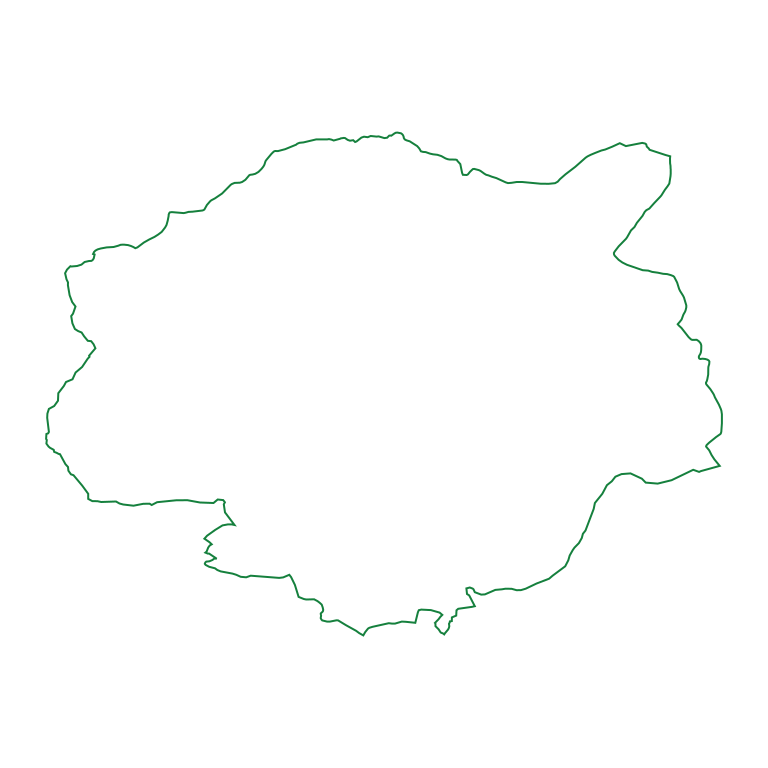 Horea, Alba, Romania
{"feature_id": "2599482B7023814920704", "entity_name": "Horea", "entity_type": "district", "adm_level": 2, "iso_a3": "ROU", "parent_name": "Romania", "parent_adm1": "Alba", "projection": "equal_earth", "projection_center": [22.952, 46.518], "detail": "fine", "context": "isolated", "style": "outline", "palette": "green", "viewbox_px": 768, "rotation_deg": 0, "n_neighbors": 0, "source": "geoboundaries", "source_scale": "gbopen_adm2", "svg_char_len": 6057}
<svg xmlns="http://www.w3.org/2000/svg" viewBox="0 0 768 768"><path d="M719.7,465.9L714.4,459.4L711.6,455.1L709.2,450.3L706.1,446.6L706.3,445.7L706.7,445.0L709.1,442.7L716.3,436.9L720.3,434.1L720.8,433.5L721.3,431.8L721.9,423.3L721.9,414.3L721.4,410.8L720.9,409.2L718.9,404.6L714.9,397.3L714.0,395.0L713.2,393.5L710.3,389.1L706.3,384.3L706.0,383.4L706.0,382.6L706.8,381.1L707.3,379.3L708.2,374.6L708.3,368.0L708.4,366.8L709.2,364.1L709.4,361.6L709.0,360.8L708.5,360.3L707.3,359.6L705.3,359.0L702.5,358.7L700.4,359.0L699.5,358.7L699.1,358.3L698.8,357.1L699.0,356.1L700.4,353.7L700.9,352.2L701.2,350.0L701.3,345.7L701.0,344.3L700.3,342.9L698.7,341.1L696.7,339.8L692.2,339.9L690.9,339.3L688.6,337.1L681.5,328.0L678.7,325.4L677.7,324.2L679.9,321.7L681.6,319.5L683.4,314.6L685.1,311.6L685.7,309.9L686.3,307.3L686.3,305.4L684.0,297.6L683.0,295.6L680.1,291.0L679.1,288.9L677.1,282.5L674.2,276.9L673.3,276.1L670.8,275.1L667.2,274.1L663.1,273.8L657.9,272.7L652.1,271.9L648.2,270.6L642.7,270.2L627.0,264.8L622.4,262.5L618.6,259.8L614.6,255.6L614.0,254.3L613.9,253.0L614.7,251.5L618.7,246.3L626.1,238.7L627.2,237.1L631.0,230.4L634.5,227.0L636.9,222.8L642.5,215.9L644.7,211.9L646.3,210.2L649.3,208.6L654.2,203.1L660.2,196.8L661.4,195.4L664.9,189.8L667.6,186.2L669.3,183.6L670.5,176.2L670.7,173.7L670.7,169.1L670.6,168.7L670.5,165.8L670.1,163.3L670.0,158.7L670.2,156.3L665.5,155.0L649.6,149.8L648.7,148.4L646.8,146.6L646.2,144.3L645.0,143.5L642.2,142.9L625.9,146.1L619.8,143.2L612.2,146.7L605.3,149.5L601.4,150.5L595.5,152.8L590.7,154.8L587.5,156.4L585.6,157.7L575.3,166.8L565.5,174.3L560.0,179.1L557.7,181.7L555.0,183.2L548.7,183.8L540.4,183.7L522.2,182.0L516.7,182.0L511.6,182.8L508.0,183.1L505.8,182.4L496.4,178.1L491.8,176.7L488.5,175.4L486.2,174.8L484.5,173.8L480.5,170.9L478.8,170.1L474.2,168.9L472.8,169.1L469.9,171.9L467.9,174.4L466.7,175.0L462.9,174.8L462.1,172.9L460.3,164.1L457.4,160.9L456.8,159.9L455.5,159.6L449.4,159.5L447.7,159.2L445.5,158.4L441.4,156.1L437.4,154.8L433.0,154.3L429.9,153.6L425.7,152.1L423.0,151.9L420.9,151.3L419.3,148.5L417.2,146.1L409.7,141.3L407.0,140.5L405.3,139.8L404.5,139.1L403.8,137.9L403.6,136.6L403.0,135.2L402.2,134.2L401.0,133.3L397.5,132.6L395.9,132.7L394.5,133.4L391.3,135.7L390.1,135.5L389.1,135.7L387.2,137.7L384.4,138.1L378.7,136.4L376.6,136.6L370.7,136.0L367.7,137.2L364.0,136.7L361.4,137.6L356.6,141.4L355.1,142.0L353.2,140.2L350.0,140.7L347.7,139.9L345.1,138.1L343.9,137.9L340.7,138.4L340.0,138.8L333.7,140.5L331.4,139.6L329.0,139.1L327.2,139.4L316.2,139.4L303.5,142.4L299.5,142.8L297.3,143.7L296.1,144.7L285.1,149.2L277.9,151.1L275.2,151.0L274.2,151.3L273.2,152.1L271.4,153.9L266.4,159.9L265.5,161.2L264.4,164.7L263.4,166.5L261.6,168.8L258.5,171.9L255.3,173.8L252.6,174.5L250.2,174.8L249.3,175.2L245.4,179.8L242.1,182.0L239.8,182.7L234.6,182.9L231.9,184.0L230.7,184.8L222.1,193.5L214.9,198.4L211.3,200.3L210.1,201.3L206.9,205.0L204.4,209.5L203.5,210.1L202.4,210.5L192.4,211.7L188.5,211.9L185.7,212.7L183.7,213.1L171.8,212.1L169.8,212.4L169.2,213.2L168.7,214.5L168.6,216.1L167.7,220.7L166.5,225.0L165.1,227.5L161.7,231.9L158.1,234.6L154.5,236.9L149.2,239.5L143.9,242.5L137.4,247.4L135.3,248.2L133.5,247.1L131.0,246.0L128.1,245.1L124.4,244.7L122.0,244.7L120.6,244.8L118.3,245.7L113.6,247.0L106.7,247.4L100.7,248.5L97.6,249.4L95.4,250.6L94.1,251.9L93.1,254.0L94.6,254.5L93.7,258.5L92.5,260.2L91.3,260.9L89.0,261.0L84.6,262.0L81.5,264.6L77.1,266.0L71.4,266.5L70.4,266.2L67.0,269.6L65.1,273.2L66.5,279.3L68.0,282.4L67.9,285.1L69.6,295.2L72.2,302.1L75.5,306.5L73.0,313.7L71.2,316.1L72.4,323.3L74.9,329.0L78.0,331.0L81.6,332.5L84.1,336.3L87.8,340.8L91.2,341.2L93.6,344.3L95.4,348.3L89.1,355.7L89.5,356.8L87.7,358.7L82.1,367.0L75.6,372.5L72.5,379.3L66.0,382.0L63.9,385.9L58.3,393.2L58.0,400.7L54.2,406.0L48.9,408.9L47.4,413.6L47.2,417.8L48.9,431.9L48.2,433.3L46.4,434.0L46.1,438.9L46.8,440.0L46.4,443.6L48.5,446.5L50.0,447.8L53.7,449.8L54.2,451.9L56.6,452.8L58.6,453.9L60.0,454.2L65.4,464.1L68.0,467.0L68.4,470.7L70.9,474.3L73.5,475.2L82.2,485.6L88.2,493.8L88.2,498.9L92.3,501.1L97.5,501.2L101.2,502.0L116.0,501.5L119.5,503.5L123.2,504.5L133.5,505.7L143.3,503.8L149.6,503.7L151.7,505.0L157.1,502.2L176.0,500.3L187.4,500.2L200.0,502.5L213.5,503.0L217.7,499.5L223.2,500.1L224.9,502.3L223.8,504.3L225.0,512.4L234.5,525.0L231.7,524.4L227.9,524.4L222.5,525.4L215.2,529.9L207.1,535.7L204.4,538.7L209.5,542.2L211.7,544.3L210.0,545.3L209.1,546.3L208.2,547.6L206.6,551.6L205.4,552.6L207.8,553.6L209.1,553.6L216.7,558.7L214.4,558.5L212.4,560.0L209.4,561.3L206.3,561.6L205.3,562.5L204.8,563.8L205.6,564.9L209.2,566.8L215.0,568.3L217.3,570.0L220.7,571.4L232.5,573.6L236.3,574.8L240.7,576.8L246.2,577.3L250.7,575.7L279.2,577.9L283.2,577.4L289.3,574.8L291.1,577.1L294.9,584.9L298.6,596.9L303.8,599.0L306.2,599.5L314.1,599.3L317.5,601.1L319.6,602.7L321.7,604.6L322.7,607.4L323.2,609.8L323.0,611.0L322.6,611.7L320.8,613.4L320.7,613.8L321.1,615.7L320.7,618.1L321.4,619.5L322.2,620.4L327.1,621.6L329.9,621.6L336.5,620.3L338.1,620.4L346.0,625.2L356.1,630.8L359.2,633.1L363.3,635.4L365.2,632.1L368.0,628.6L369.3,627.8L372.6,626.8L388.8,623.2L392.0,623.6L395.0,623.6L401.8,621.6L405.8,621.8L415.3,622.8L417.9,612.3L418.8,610.2L421.3,609.6L430.9,610.1L439.6,612.6L442.3,614.9L440.3,616.9L438.6,619.2L435.0,622.9L435.4,623.3L435.5,626.2L438.6,629.3L440.5,632.2L441.2,632.8L442.8,633.3L444.2,634.4L444.9,633.3L448.1,629.5L448.9,627.9L449.3,626.2L449.0,623.8L449.7,622.5L449.9,621.4L451.8,621.1L451.9,617.4L456.2,615.6L456.5,610.3L458.2,608.8L471.7,606.9L474.8,606.2L469.2,595.4L467.0,594.0L466.4,588.4L469.8,587.5L472.7,588.6L473.5,589.3L474.8,592.2L481.2,594.6L484.9,594.4L495.3,589.9L502.0,589.3L505.5,588.7L511.6,588.8L516.6,590.2L521.0,590.1L525.7,588.7L536.6,583.5L549.1,578.7L552.6,575.7L565.2,566.3L568.3,560.3L569.7,555.5L572.8,550.0L574.5,547.6L578.9,543.1L581.8,538.0L582.9,533.8L585.5,530.5L593.7,508.9L594.9,503.0L602.3,493.8L606.9,485.2L611.8,481.3L615.4,476.7L621.5,474.1L630.5,473.4L641.9,478.7L645.7,482.6L657.7,483.6L671.6,480.2L693.2,469.8L699.1,471.9L700.9,471.1L719.7,465.9Z" fill="none" stroke="#15803d" stroke-width="2"/></svg>